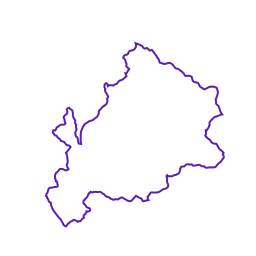 outline of Mosna, Sibiu, Romania, rotated 256°
{"feature_id": "2599482B88380458421625", "entity_name": "Mosna", "entity_type": "district", "adm_level": 2, "iso_a3": "ROU", "parent_name": "Romania", "parent_adm1": "Sibiu", "projection": "orthographic", "projection_center": [24.412, 46.08], "detail": "fine", "context": "isolated", "style": "outline", "palette": "violet", "viewbox_px": 256, "rotation_deg": 256, "n_neighbors": 0, "source": "geoboundaries", "source_scale": "gbopen_adm2", "svg_char_len": 5727}
<svg xmlns="http://www.w3.org/2000/svg" viewBox="0 0 256 256"><g transform="rotate(256 128 128)"><path d="M145.6,223.8L147.7,220.5L147.8,218.9L148.3,217.4L147.9,215.7L147.5,214.4L147.3,212.8L147.1,212.1L147.0,211.6L147.6,210.9L150.2,208.3L151.3,207.7L154.6,207.0L154.9,206.7L155.5,205.8L156.1,204.2L156.4,204.1L156.7,203.4L157.7,202.5L159.1,202.2L162.1,202.2L162.7,201.8L163.7,200.3L164.2,198.9L164.2,198.4L164.7,196.4L164.9,196.0L167.2,195.4L169.6,194.0L171.0,192.7L172.6,191.6L173.2,190.8L174.3,188.8L174.9,188.3L178.6,186.7L180.2,185.5L180.9,184.6L181.1,184.2L181.3,181.6L181.2,180.7L181.3,178.7L183.9,174.5L186.0,174.6L187.9,174.1L189.1,173.5L191.1,173.0L198.0,170.1L197.9,167.9L201.0,165.8L201.1,165.5L200.9,164.3L200.9,163.6L201.3,162.9L202.6,162.1L203.8,161.8L204.3,161.4L206.2,159.1L208.4,155.9L207.0,156.0L205.6,155.7L204.7,155.2L202.8,153.2L202.3,151.3L202.4,150.2L202.3,148.2L201.4,147.0L200.0,146.0L199.3,144.5L199.6,143.3L198.9,141.5L198.7,141.2L197.4,140.3L195.4,141.5L193.4,141.9L192.3,141.7L190.7,142.1L190.0,142.0L188.9,141.4L188.2,141.2L185.0,143.4L181.7,140.0L181.5,139.6L181.5,139.3L181.7,138.8L180.8,138.9L180.1,138.6L178.7,139.1L177.2,136.4L176.3,134.4L176.0,132.4L176.0,131.5L175.8,130.7L174.1,128.5L173.5,127.5L173.4,125.2L173.0,124.6L172.7,123.8L172.8,123.5L173.3,122.9L173.4,122.2L174.3,119.8L173.6,119.2L173.4,118.6L174.3,118.6L175.2,118.7L176.0,118.4L176.8,117.7L176.5,117.3L176.3,116.5L175.9,115.8L175.7,115.7L174.5,115.5L173.7,115.0L171.6,115.4L171.0,115.4L170.8,115.0L169.4,114.8L168.2,114.9L166.9,115.5L165.9,115.6L164.6,116.1L162.9,116.2L161.3,114.7L160.5,114.8L159.1,114.7L158.3,113.9L157.2,113.5L156.1,112.4L155.5,110.5L155.2,110.2L155.3,109.7L154.9,109.5L154.5,108.3L153.9,107.2L153.1,106.3L151.8,104.1L150.4,103.3L149.1,103.2L146.4,100.9L145.6,98.9L144.5,96.5L144.1,95.2L144.0,94.6L144.0,92.1L143.2,90.0L143.0,89.0L142.1,86.7L141.4,86.3L140.6,85.1L139.9,84.5L135.3,81.2L134.4,81.1L132.7,80.3L132.3,80.4L127.7,79.1L123.8,78.6L124.8,76.5L126.4,76.3L128.5,76.6L131.0,76.6L132.3,75.6L133.2,75.3L134.8,75.7L135.9,75.5L139.3,77.9L140.4,77.6L141.1,77.8L142.5,77.8L143.2,78.4L143.6,78.5L145.7,77.8L146.6,78.2L148.2,78.6L149.5,78.2L150.3,77.8L152.0,77.6L153.7,77.5L156.0,78.2L158.3,78.2L159.1,77.9L159.8,77.1L161.1,76.1L161.9,75.8L161.7,74.2L160.8,73.1L158.7,73.1L157.3,72.7L156.7,72.3L155.1,69.0L154.1,68.3L152.9,68.1L151.7,68.6L150.1,68.2L147.4,68.4L146.9,67.2L146.9,65.9L147.4,64.0L147.1,62.2L146.2,60.6L146.0,59.3L145.7,58.9L143.5,57.3L143.2,56.6L143.8,55.6L143.9,55.4L143.8,55.0L143.5,54.7L141.5,54.0L140.4,54.7L139.5,54.9L138.4,55.4L138.3,56.1L137.9,56.5L137.4,57.0L136.1,57.3L135.5,57.9L134.8,58.1L133.8,59.2L131.8,59.7L130.0,62.6L129.0,63.1L126.8,64.0L126.2,64.5L125.8,65.1L125.7,65.9L124.2,67.4L123.6,67.7L123.3,67.6L122.1,66.1L118.8,61.7L118.5,61.8L118.2,62.3L116.5,62.0L115.8,62.2L113.4,62.0L112.5,61.6L111.2,61.6L108.6,60.9L107.4,59.8L106.7,59.6L104.5,59.7L103.0,60.3L102.4,60.3L102.0,58.8L101.9,57.1L104.0,54.7L104.7,52.4L104.4,51.2L103.4,50.3L102.1,48.2L101.9,47.5L101.5,47.0L99.9,45.8L98.9,45.5L97.3,45.3L96.7,45.0L95.0,45.4L94.2,45.1L93.8,45.1L93.4,45.4L93.2,46.0L92.8,46.2L90.7,45.9L89.5,46.1L88.7,45.8L88.2,45.2L88.6,41.3L88.5,40.1L88.8,39.0L88.8,37.3L88.7,36.9L87.8,35.9L85.1,34.5L84.6,34.1L84.2,33.4L81.9,32.0L80.6,32.8L79.5,32.6L78.6,33.2L76.1,33.4L75.2,33.8L74.1,35.1L73.2,34.9L71.8,34.8L68.7,35.0L65.3,36.0L59.8,38.3L56.3,40.1L56.0,40.5L53.7,41.0L51.3,41.8L49.7,41.9L47.9,43.3L47.6,44.3L48.0,44.6L49.5,46.3L49.8,46.9L49.8,47.1L49.7,47.3L49.8,47.5L51.1,49.4L51.2,51.0L52.1,53.3L49.9,56.3L49.2,56.4L49.3,57.7L49.2,58.7L49.3,59.4L49.8,60.3L51.1,61.8L51.5,63.5L52.5,63.5L54.1,64.1L54.7,65.2L54.8,65.8L55.4,66.1L56.2,67.3L57.2,67.6L56.7,68.4L56.8,69.1L56.5,70.1L57.2,71.3L58.4,71.6L59.1,71.5L60.3,70.0L61.2,68.7L63.2,68.1L64.0,67.8L64.4,67.3L65.6,66.6L66.3,66.6L68.5,67.5L68.8,68.7L69.6,69.4L70.8,71.5L71.3,72.0L74.0,74.1L74.3,74.6L74.0,74.8L75.2,76.3L75.1,76.5L74.0,77.7L74.0,78.2L74.4,79.3L74.1,79.9L73.9,81.0L73.0,83.8L73.0,84.9L72.8,85.5L71.8,86.7L70.5,87.6L69.4,88.8L68.0,89.4L66.8,90.3L66.4,90.7L66.1,91.8L65.7,92.0L65.5,92.6L64.2,93.5L63.3,94.4L63.0,95.1L62.0,96.2L61.8,96.7L62.0,98.6L61.1,100.9L61.9,103.2L62.2,105.2L57.7,110.0L56.8,111.4L56.4,112.8L56.7,113.9L57.6,115.4L60.3,119.3L59.8,120.0L59.1,120.4L57.5,122.2L56.6,123.6L55.4,124.2L53.4,124.7L53.3,125.2L53.1,130.5L54.4,130.1L56.3,130.3L56.8,130.6L57.7,132.4L58.6,133.1L59.7,134.3L59.8,135.5L58.9,138.1L58.4,141.1L58.5,142.8L60.1,147.5L60.1,149.7L60.3,150.9L61.1,152.3L62.0,153.1L63.9,153.3L64.7,153.0L66.7,152.8L69.6,153.8L72.0,153.7L72.7,154.7L71.6,155.3L71.3,155.8L70.5,159.2L71.0,160.7L71.0,163.5L71.2,163.8L71.2,164.8L71.4,165.5L71.9,166.6L72.9,167.4L73.2,167.5L74.3,168.4L75.6,168.5L76.0,169.1L77.0,169.6L77.3,169.9L77.5,171.4L77.1,173.4L78.4,175.3L78.5,175.7L78.5,176.2L78.3,177.4L77.5,179.4L77.3,181.0L75.8,181.9L75.5,182.7L75.3,184.6L75.3,187.0L74.9,188.5L74.4,189.2L73.0,190.3L72.8,190.8L72.6,192.3L72.4,192.6L71.3,193.1L70.6,194.1L70.4,194.8L70.2,195.8L70.2,196.8L69.9,198.5L69.3,199.8L69.4,200.4L69.2,201.5L68.8,202.6L69.3,203.9L71.7,207.3L72.2,208.7L72.7,209.8L73.8,210.9L75.9,213.6L77.3,214.1L78.4,213.8L79.4,213.9L79.7,214.1L79.9,213.8L81.0,214.7L84.0,212.8L85.5,211.6L91.2,209.9L92.3,207.2L92.9,206.4L94.1,205.5L96.6,204.7L99.0,202.6L100.7,201.7L101.0,201.3L102.0,201.1L103.1,202.2L105.7,202.7L106.2,202.6L106.7,202.8L107.0,203.0L106.6,203.6L107.3,203.9L107.4,204.6L109.4,206.7L110.4,207.2L110.6,207.6L111.7,208.0L113.7,208.4L115.4,210.5L117.4,214.0L117.7,214.8L117.8,217.1L118.4,220.9L118.3,222.7L119.4,222.2L122.6,221.5L124.4,221.5L127.6,221.1L129.2,219.9L130.3,219.4L134.6,220.1L136.2,221.3L138.9,223.0L140.6,223.8L142.4,224.0L145.6,223.8Z" fill="none" stroke="#5b21b6" stroke-width="2"/></g></svg>